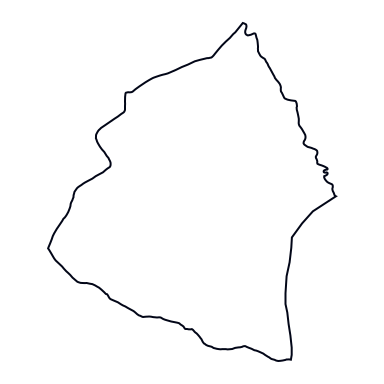 outline of Halhal, Anseba, Eritrea
{"feature_id": "51966322B6803620796687", "entity_name": "Halhal", "entity_type": "district", "adm_level": 2, "iso_a3": "ERI", "parent_name": "Eritrea", "parent_adm1": "Anseba", "projection": "mercator", "projection_center": [38.232, 16.031], "detail": "fine", "context": "isolated", "style": "outline", "palette": "ink", "viewbox_px": 384, "rotation_deg": 0, "n_neighbors": 0, "source": "geoboundaries", "source_scale": "gbopen_adm2", "svg_char_len": 5924}
<svg xmlns="http://www.w3.org/2000/svg" viewBox="0 0 384 384"><path d="M63.4,218.8L62.3,220.8L59.2,225.4L56.8,228.9L54.2,233.3L52.8,236.1L51.8,239.1L50.8,241.7L50.0,243.7L48.7,246.8L48.1,248.4L49.2,250.0L51.4,253.7L52.9,256.3L54.2,258.5L55.7,260.5L57.2,261.9L62.1,266.5L63.9,268.7L66.2,271.2L68.1,272.9L70.2,274.9L71.4,276.3L72.6,277.7L73.8,278.7L74.7,279.5L77.4,281.8L79.0,282.4L80.7,282.9L84.7,283.1L86.7,283.0L89.3,283.6L91.0,283.9L92.3,284.1L93.4,284.6L95.1,285.4L97.1,286.6L99.1,287.7L101.5,289.7L103.0,291.1L104.1,292.1L105.8,293.9L107.2,294.3L108.2,295.9L108.7,296.9L109.6,298.3L110.5,299.1L112.5,300.0L117.9,302.3L120.8,304.2L122.9,305.4L125.4,306.5L127.7,307.9L129.9,309.1L133.6,311.1L135.2,312.4L137.2,314.2L138.2,314.9L139.2,315.5L140.3,315.8L141.8,316.6L143.0,317.0L145.9,316.7L148.1,316.6L149.0,316.5L151.1,316.7L153.1,317.1L155.2,317.3L157.0,317.5L159.2,317.3L160.7,317.5L163.2,319.0L165.0,319.7L167.0,320.3L169.8,321.1L171.2,321.5L174.8,322.2L176.8,322.6L177.7,322.8L178.7,323.1L179.4,323.4L179.9,323.9L180.2,324.2L181.0,324.8L181.9,325.3L182.4,325.7L183.4,326.4L184.0,327.3L184.6,328.3L184.9,328.6L185.2,328.9L185.7,329.0L187.1,329.0L188.6,329.3L189.8,329.3L191.2,329.3L191.8,329.1L192.2,329.3L193.0,329.9L194.8,332.0L195.6,332.7L196.5,333.3L197.2,334.0L198.1,335.0L199.7,336.9L200.3,337.8L201.4,339.1L202.1,340.5L202.6,341.6L203.3,342.6L204.0,343.5L204.7,343.8L205.9,344.8L206.7,345.2L207.4,345.6L208.3,345.9L211.1,346.6L211.9,346.9L213.6,348.0L214.5,348.2L216.8,348.8L218.7,349.1L220.4,349.3L222.7,349.1L225.6,349.1L227.7,349.4L230.0,349.2L232.2,349.0L235.1,347.9L238.4,347.4L240.2,347.3L241.4,347.0L242.2,346.8L243.2,346.3L244.5,346.1L245.5,346.2L246.5,346.8L248.9,347.8L251.6,348.8L254.3,350.2L256.3,350.6L258.2,351.3L260.7,352.4L263.3,353.6L264.9,354.8L267.9,356.7L268.7,357.1L269.4,357.5L270.0,358.0L270.7,358.5L271.6,359.0L274.6,359.8L276.0,360.5L277.2,360.8L278.4,361.0L280.6,360.8L282.7,360.5L285.5,359.9L286.4,359.5L289.2,359.4L290.9,359.7L291.7,354.9L291.7,347.6L290.4,335.5L288.6,324.0L287.3,312.5L285.5,304.1L285.5,293.2L286.6,276.2L289.6,262.3L291.3,247.7L291.9,237.4L302.1,223.4L312.9,211.3L335.9,196.3L335.5,196.1L335.2,195.8L334.6,195.2L334.3,194.5L334.1,193.8L333.8,193.0L333.5,192.3L333.0,191.5L332.7,190.7L332.4,189.5L332.4,188.9L332.4,188.3L332.7,187.6L332.8,186.5L332.7,185.3L332.2,184.5L331.6,184.1L330.6,183.7L329.7,183.3L328.8,182.9L328.3,182.6L327.6,182.2L327.0,181.7L326.0,180.6L325.4,179.8L324.8,179.0L324.5,178.2L324.2,177.6L324.2,176.8L324.2,176.2L325.2,175.8L326.7,175.0L327.2,174.5L327.6,173.8L327.6,173.4L327.5,172.9L327.1,172.6L326.4,172.4L325.7,172.6L325.0,172.6L324.4,172.5L323.9,172.2L323.7,171.8L323.7,171.1L324.0,170.6L324.5,170.2L325.7,169.8L326.3,169.6L327.0,169.6L327.3,169.4L327.6,169.0L327.4,168.4L327.2,168.1L326.7,167.7L326.0,167.4L325.0,166.8L323.7,166.2L322.7,165.8L321.4,165.3L320.6,165.1L319.2,164.6L318.5,164.3L317.5,163.8L317.3,163.3L317.2,162.5L317.3,161.7L317.2,160.9L316.9,160.0L316.6,159.1L316.1,158.3L315.9,157.6L315.8,156.9L316.0,156.3L316.5,155.4L317.0,154.5L317.3,153.6L317.4,152.6L317.3,151.8L317.2,151.3L317.1,150.9L316.5,150.2L315.4,149.5L314.6,149.1L312.8,148.5L312.2,148.2L311.1,147.8L310.4,147.6L310.0,147.5L309.3,147.3L308.0,147.0L307.2,146.6L305.2,145.2L304.6,144.8L304.2,144.4L303.8,143.8L303.6,143.4L303.6,142.8L303.7,142.0L304.1,141.0L304.9,139.8L305.3,138.7L305.5,137.8L305.5,136.3L305.2,134.9L304.3,133.2L303.2,131.3L302.4,129.9L301.6,128.6L300.1,126.6L299.3,125.6L298.8,124.0L298.7,123.0L298.8,120.9L298.8,118.8L298.5,117.1L298.0,114.6L297.5,112.3L296.8,109.8L296.7,108.4L296.6,107.6L297.0,106.3L296.9,105.3L296.7,103.7L296.2,102.2L295.8,101.4L295.1,100.9L291.1,100.4L289.1,100.0L287.4,99.6L284.9,98.5L284.3,97.9L283.7,96.7L282.9,94.9L282.3,93.7L282.0,93.0L281.0,91.5L280.8,90.3L280.8,88.6L280.9,87.3L280.6,86.0L280.1,84.7L279.6,83.7L278.0,81.6L276.5,80.0L275.5,78.7L274.9,77.9L274.6,77.0L274.2,76.1L273.6,75.1L273.1,74.2L272.5,73.1L270.6,69.6L269.8,68.1L268.9,66.8L268.2,65.4L267.8,64.3L267.1,63.0L266.3,62.0L265.7,60.8L265.2,59.7L264.6,58.8L263.9,58.4L262.9,57.8L261.3,56.7L260.6,56.0L260.0,55.1L259.1,53.4L258.0,51.2L258.0,49.9L257.9,48.3L258.0,47.6L258.0,46.2L257.6,42.1L257.3,39.9L256.8,38.5L256.5,37.8L256.3,36.9L255.6,34.1L255.0,33.5L254.3,33.4L253.6,33.5L252.8,33.9L252.1,34.2L251.0,34.7L249.0,35.2L247.9,35.4L247.4,35.3L246.0,34.4L245.5,33.6L245.2,32.6L245.2,31.7L245.3,30.8L245.5,30.0L246.2,28.1L246.3,27.6L246.5,26.2L246.4,25.6L246.1,24.5L245.4,24.1L244.3,23.5L243.1,23.1L242.8,23.0L235.3,32.3L233.2,34.1L229.9,37.9L225.7,41.7L221.8,45.6L218.1,49.9L215.0,53.7L213.5,55.6L212.2,56.9L211.4,57.5L210.4,57.7L209.5,57.9L208.5,58.1L207.5,58.1L206.3,58.3L205.6,58.5L199.8,59.9L194.8,61.3L187.9,64.6L181.9,67.0L175.7,70.0L167.8,73.4L165.4,74.1L162.8,74.7L160.0,75.5L156.4,76.7L153.6,77.7L152.5,78.2L151.6,78.7L150.5,79.3L149.1,80.1L145.6,82.2L139.5,86.3L135.5,89.2L132.8,91.5L132.4,91.8L131.2,92.2L130.1,92.3L128.7,92.3L128.2,92.2L127.7,92.3L127.0,92.5L126.3,92.6L126.0,92.7L125.7,93.0L125.5,93.5L125.1,96.9L125.0,101.6L125.1,103.9L125.0,105.9L125.0,107.7L125.0,109.6L124.9,110.2L124.7,110.7L124.3,111.6L123.9,112.1L123.5,112.5L121.2,114.0L117.8,116.6L114.7,118.6L105.1,125.2L101.1,127.9L100.3,128.7L99.7,129.3L99.0,129.9L98.1,131.0L97.5,132.0L96.8,133.3L96.2,134.5L96.0,135.6L96.0,137.0L95.9,138.2L96.0,138.6L96.4,139.4L97.1,141.6L98.0,143.4L99.9,146.6L102.0,149.5L104.3,152.0L106.7,155.9L108.5,158.0L109.1,159.4L109.6,160.3L110.1,161.3L110.5,162.5L110.6,163.1L110.6,164.9L110.5,165.4L110.3,166.1L109.7,167.1L107.5,168.5L105.7,169.9L103.0,172.3L99.4,174.2L95.7,176.2L92.4,178.6L87.8,181.0L85.0,182.5L83.1,183.7L81.4,185.0L79.8,186.0L78.2,187.1L77.2,188.0L76.5,188.9L74.5,191.8L74.4,192.1L74.1,193.5L73.7,194.8L73.5,196.0L73.5,197.2L72.9,198.6L72.3,200.3L71.2,202.4L70.7,203.8L70.4,206.2L69.9,207.8L69.3,209.4L68.7,210.9L68.3,211.9L67.1,214.1L66.2,215.6L64.8,217.5L63.4,218.8Z" fill="none" stroke="#020617" stroke-width="2"/></svg>